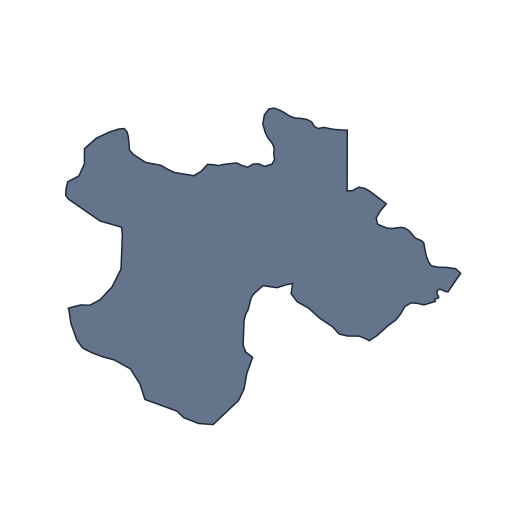 Boulgou, Robinson projection, rotated 257°
{"feature_id": "BFA-2826", "entity_name": "Boulgou", "entity_type": "Province", "adm_level": 1, "iso_a3": "BFA", "parent_name": "Burkina Faso", "parent_adm1": "", "projection": "robinson", "projection_center": [-0.398, 11.449], "detail": "fine", "context": "isolated", "style": "filled", "palette": "slate", "viewbox_px": 512, "rotation_deg": 257, "n_neighbors": 0, "source": "natural_earth", "source_scale": "10m", "svg_char_len": 2014}
<svg xmlns="http://www.w3.org/2000/svg" viewBox="0 0 512 512"><g transform="rotate(257 256 256)"><path d="M358.1,373.2L341.9,369.5L298.8,359.4L298.0,365.2L299.2,368.6L299.9,371.8L297.4,377.2L293.4,381.6L277.5,394.7L271.8,387.0L265.8,381.6L259.6,381.6L253.5,390.3L252.1,395.5L251.4,403.7L249.6,407.5L245.9,411.0L237.5,415.4L234.5,419.6L233.8,420.5L232.8,421.3L231.8,422.0L230.7,422.4L218.3,421.9L211.7,422.7L207.1,424.6L204.2,430.6L201.9,439.5L198.7,447.7L193.1,451.5L177.9,435.0L178.8,432.5L181.2,429.6L182.5,426.7L180.7,424.2L177.7,423.9L175.5,424.8L174.1,424.5L173.7,420.4L171.4,420.4L170.6,408.6L173.7,402.2L175.4,396.7L173.4,389.7L167.5,384.4L162.4,378.2L158.5,369.2L151.3,356.2L148.0,347.2L150.3,344.9L154.8,338.3L157.4,327.2L161.2,319.5L169.9,314.6L181.1,304.0L193.2,295.7L202.1,285.9L211.4,281.7L220.9,285.6L221.2,279.1L220.4,269.2L225.5,256.2L219.7,245.4L216.2,241.8L205.3,236.2L202.0,233.1L195.9,229.9L171.7,223.3L166.0,224.3L165.4,223.9L158.0,229.9L143.9,220.8L129.1,214.4L119.2,206.6L101.4,176.3L105.7,162.4L114.6,149.3L122.6,144.1L141.2,115.5L157.4,114.1L174.2,108.3L186.6,94.5L192.0,84.4L198.4,74.6L205.3,66.4L214.4,62.5L232.0,60.5L244.6,61.5L247.2,61.3L247.6,65.1L247.7,74.3L245.4,83.1L248.5,94.3L258.3,108.8L273.6,121.5L306.1,130.4L314.3,131.5L325.1,112.0L353.5,86.1L357.9,84.2L359.5,84.6L363.9,85.9L370.7,89.3L373.9,101.5L384.3,109.5L399.2,113.0L406.9,127.3L409.8,141.6L410.3,147.1L410.6,150.7L409.8,156.3L405.7,158.3L400.5,158.4L387.7,156.6L382.4,159.5L371.9,169.7L365.8,183.7L360.1,189.8L355.6,195.6L348.2,213.5L350.8,221.4L356.2,229.4L354.6,234.8L352.5,239.8L352.5,245.4L351.1,257.8L347.3,262.9L344.3,268.0L346.2,273.6L345.3,279.3L341.4,284.5L341.9,292.2L345.8,295.8L351.2,296.2L357.3,298.0L362.6,297.0L367.9,294.3L374.0,292.8L383.0,292.3L391.7,295.9L396.3,301.6L396.1,306.8L392.7,312.0L389.4,315.8L384.9,320.1L381.6,325.1L380.1,330.4L377.8,336.0L374.3,340.3L368.9,342.1L366.2,345.4L366.1,350.7L361.8,360.5L358.8,370.4L358.1,373.2Z" fill="#64748b" stroke="#1e293b" stroke-width="1.5"/></g></svg>